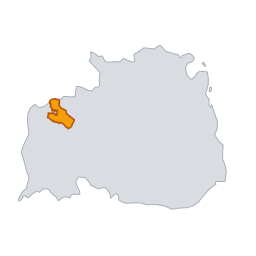 Kaev Seima, Môndól Kiri, Cambodia (highlighted), rotated 187°
{"feature_id": "14789045B63599255468551", "entity_name": "Kaev Seima", "entity_type": "district", "adm_level": 2, "iso_a3": "KHM", "parent_name": "Cambodia", "parent_adm1": "Môndól Kiri", "projection": "orthographic", "projection_center": [106.845, 12.41], "detail": "fine", "context": "in_parent", "style": "filled", "palette": "amber", "viewbox_px": 256, "rotation_deg": 187, "n_neighbors": 0, "source": "geoboundaries", "source_scale": "gbopen_adm2", "svg_char_len": 6795}
<svg xmlns="http://www.w3.org/2000/svg" viewBox="0 0 256 256"><g transform="rotate(187 128 128)"><path d="M227.4,42.1L228.1,44.3L226.4,48.5L224.7,52.3L221.5,55.6L221.3,58.1L220.2,65.3L220.6,67.6L221.4,69.6L222.5,70.7L225.3,77.8L227.9,84.2L230.5,89.6L230.9,92.9L228.6,101.4L225.9,109.3L226.2,113.2L227.3,117.1L228.6,122.3L229.1,128.9L228.4,133.3L227.2,136.0L224.8,138.7L222.8,140.1L220.3,137.8L218.3,137.7L215.7,138.4L213.6,139.5L209.3,143.6L204.6,147.5L198.1,148.5L195.6,151.4L192.9,151.8L187.7,152.0L184.4,152.7L184.5,154.1L184.2,161.1L184.3,162.7L183.8,163.1L181.4,163.3L177.5,162.3L172.2,160.5L168.4,160.3L166.4,163.3L165.2,164.5L163.8,164.6L162.3,165.2L161.8,166.5L161.6,168.2L162.3,171.1L162.6,175.7L162.4,178.8L163.8,180.8L172.0,187.5L174.4,189.2L174.6,190.2L173.2,193.8L174.5,198.9L171.9,198.8L167.6,196.6L165.6,195.2L163.1,196.3L162.2,196.1L160.6,193.6L158.4,191.0L156.1,190.8L151.4,191.8L146.5,192.5L144.6,192.5L143.9,192.9L141.0,196.7L139.8,196.1L134.9,194.6L130.5,194.0L129.5,195.0L130.1,198.1L131.0,201.1L130.4,202.4L128.0,204.0L124.7,206.8L122.7,209.1L121.3,209.6L116.3,209.5L111.4,209.7L109.4,211.8L107.5,213.4L105.9,213.9L99.5,208.6L86.7,206.6L85.3,204.3L84.1,203.9L82.9,206.8L75.9,209.6L72.9,207.9L70.8,205.7L71.1,203.2L73.2,201.1L76.7,199.6L78.4,194.4L75.8,187.6L73.5,185.6L71.0,184.0L68.4,186.5L66.2,190.8L63.9,192.9L60.7,193.4L56.0,193.2L54.3,186.7L53.7,181.2L54.5,174.9L55.2,171.2L50.8,166.0L50.6,161.1L48.5,158.6L47.8,159.8L47.8,161.2L47.2,160.2L40.3,145.8L39.3,139.1L40.5,134.0L41.3,132.3L39.3,129.6L36.5,126.5L31.4,122.4L31.2,116.0L30.2,108.5L28.7,106.0L26.5,101.3L25.3,97.5L25.1,87.4L25.7,86.6L29.3,86.3L33.9,85.7L34.7,84.1L33.9,82.7L36.9,80.5L41.2,75.5L44.5,70.3L46.9,67.1L48.4,63.8L53.2,59.2L59.7,56.1L64.2,55.4L68.8,54.4L73.3,52.9L75.3,52.8L80.8,54.7L83.8,55.2L86.9,55.2L90.1,55.5L92.9,55.3L99.7,54.1L106.8,55.2L113.2,54.4L121.1,53.0L124.9,53.9L128.5,55.5L128.9,58.6L129.7,60.0L130.9,61.1L132.5,61.1L134.5,58.9L136.2,56.7L136.7,56.3L136.8,57.4L137.6,59.8L139.1,62.2L140.6,63.8L143.2,65.9L144.8,66.0L150.2,64.0L158.3,66.9L159.2,68.4L161.8,71.3L164.7,73.4L171.0,73.5L173.3,68.4L172.2,65.3L168.6,59.8L167.6,56.6L168.8,56.1L174.9,55.5L175.9,54.8L177.2,51.3L178.9,51.7L182.3,52.2L185.8,49.8L188.0,47.2L189.1,48.4L190.4,50.2L191.7,51.2L194.3,52.7L197.1,54.9L198.9,57.0L200.3,57.8L203.9,57.2L204.9,57.3L207.0,54.7L208.5,53.4L209.7,53.8L211.6,53.7L215.3,50.5L217.5,47.5L218.7,46.7L222.0,48.1L223.4,47.8L225.3,43.7L227.4,42.1ZM52.0,178.2L51.3,178.6L50.6,178.6L49.9,178.0L50.0,175.7L50.5,174.3L51.7,174.0L52.0,178.2ZM62.4,201.1L61.0,202.6L58.7,199.4L58.7,198.5L62.4,201.1Z" fill="#d9dde1" stroke="#a8b0b8" stroke-width="1"/><path d="M184.5,122.6L184.0,123.4L184.0,123.6L183.9,124.4L183.7,125.2L182.8,127.4L182.4,128.4L182.3,129.2L182.3,129.4L182.4,129.6L182.7,129.9L183.1,130.2L183.7,130.4L187.7,133.0L187.9,133.0L188.0,133.0L188.0,132.9L188.1,133.0L188.3,133.1L188.5,133.1L188.7,133.4L188.8,133.6L189.2,133.8L189.6,133.9L189.8,134.1L190.0,134.2L190.3,134.3L191.0,135.7L191.4,137.0L191.7,137.6L192.0,138.0L192.4,138.1L192.7,138.3L193.3,138.4L193.7,138.6L194.2,138.7L194.8,139.0L195.5,139.0L195.9,139.1L196.5,139.6L197.0,139.7L197.2,139.8L197.4,140.0L197.6,140.4L197.8,140.4L197.9,140.6L198.0,140.6L198.1,140.9L198.3,141.2L198.5,141.4L198.9,141.9L199.1,142.4L199.3,142.5L199.5,142.8L199.6,143.0L199.4,143.4L199.3,143.6L199.5,144.0L199.4,144.3L199.2,144.5L199.4,144.9L199.4,145.0L199.5,145.2L199.3,145.7L199.2,146.0L199.3,146.3L199.3,146.5L199.4,146.8L199.5,147.0L199.5,147.3L200.0,147.4L200.3,147.3L200.5,147.3L200.7,147.5L200.8,147.6L201.2,147.6L201.3,147.7L201.4,147.8L201.5,147.8L201.8,147.8L202.1,147.8L202.2,147.7L202.4,147.7L202.5,147.7L202.8,147.7L203.3,148.0L203.7,147.9L203.9,147.9L204.0,148.1L204.3,148.0L204.5,148.1L205.0,147.9L205.3,147.7L205.5,147.6L205.9,147.5L207.5,147.0L208.0,146.3L208.5,146.0L208.7,145.5L208.8,145.4L208.8,145.1L208.7,145.0L208.7,144.9L208.8,144.6L209.0,144.4L208.8,144.3L208.8,144.1L208.7,144.0L208.8,143.9L208.7,143.7L208.8,143.6L208.7,143.5L208.8,143.4L208.7,143.2L208.5,143.3L208.3,143.2L208.1,143.3L207.9,143.2L208.0,143.0L207.9,142.9L208.2,142.5L208.1,142.4L207.9,142.4L207.9,142.2L207.7,142.0L207.8,141.9L207.6,141.8L207.6,141.7L207.5,141.4L207.5,141.2L207.4,140.9L207.5,140.9L207.6,140.7L207.6,140.3L207.7,140.1L207.5,139.6L207.5,139.4L207.4,139.2L207.1,139.2L206.9,139.0L206.8,138.8L206.5,138.7L206.2,138.4L205.9,138.3L205.8,138.0L205.5,137.7L205.5,137.4L205.5,137.2L205.4,137.0L205.2,137.0L205.3,136.9L205.2,136.9L205.3,136.8L205.2,136.7L205.3,136.5L205.4,136.4L205.5,136.3L205.4,136.1L205.5,135.9L205.3,135.8L205.2,135.8L204.9,135.8L204.6,135.9L204.5,136.0L204.4,136.1L204.2,136.1L204.1,136.3L203.9,136.2L203.8,136.3L203.7,136.4L203.4,136.4L203.1,136.4L203.1,136.6L202.9,136.5L202.9,136.4L202.8,136.5L202.7,136.7L202.4,136.6L202.2,136.5L202.1,136.4L202.1,136.6L201.9,136.7L202.0,136.8L201.9,136.9L201.7,136.7L201.8,136.7L201.7,136.6L201.4,136.5L201.4,136.4L201.3,136.5L201.2,136.5L201.0,136.4L200.9,136.3L200.7,136.5L200.6,136.4L200.5,136.5L200.5,136.4L200.5,136.5L200.4,136.5L200.3,136.4L200.2,136.4L200.2,132.1L200.3,132.1L200.6,132.0L200.9,132.0L201.0,132.1L200.9,132.2L200.9,132.3L201.0,132.5L201.3,132.6L201.5,132.5L201.4,132.7L201.6,132.7L201.7,132.9L201.8,132.9L202.1,133.0L202.2,132.9L202.3,133.0L202.5,133.1L202.8,133.4L203.0,133.5L203.1,133.4L203.3,133.3L203.2,133.4L203.3,133.5L203.5,133.6L203.9,133.7L204.0,133.8L204.0,133.7L204.3,133.6L204.5,133.6L204.5,133.4L204.7,133.5L204.9,133.5L204.9,133.4L205.2,133.5L205.3,133.4L205.5,133.3L206.0,133.4L206.1,133.2L206.3,133.0L206.6,133.0L206.8,133.2L207.0,133.1L207.3,133.1L207.5,132.9L207.6,133.0L207.9,133.0L208.1,132.9L208.3,132.9L208.7,133.2L208.9,133.2L208.9,132.3L208.7,132.3L208.7,132.2L208.8,132.2L208.7,131.9L208.6,131.7L208.7,131.0L208.9,130.4L208.8,130.1L208.9,129.9L208.9,129.4L209.1,128.8L209.1,128.7L208.5,128.4L207.8,128.3L207.4,128.1L206.8,127.7L206.1,127.1L205.5,126.7L205.3,126.6L204.8,126.5L203.6,126.1L203.3,125.9L203.2,125.8L203.3,125.6L203.1,125.5L203.0,125.4L202.9,125.3L202.9,125.2L202.6,125.0L202.4,125.2L202.2,125.2L201.8,125.3L201.8,125.5L201.6,125.5L201.3,125.4L201.2,125.3L200.7,125.3L200.0,124.7L199.8,124.8L199.7,124.9L199.6,125.0L199.4,124.9L199.2,124.9L198.4,125.2L198.1,125.1L197.9,124.9L197.8,124.7L197.6,124.6L197.4,124.6L197.2,124.1L196.8,124.2L196.6,124.3L196.5,124.6L196.2,124.8L196.0,124.7L195.8,124.8L195.8,125.1L195.7,125.2L195.6,125.3L195.3,125.3L194.6,125.0L193.8,124.8L193.5,124.6L192.9,124.0L192.3,123.7L192.2,123.7L191.8,123.6L191.4,123.3L191.1,122.9L190.4,121.9L190.2,121.7L189.8,121.4L188.6,120.9L188.3,120.7L188.1,120.7L187.9,120.6L187.6,120.4L187.5,120.2L187.3,120.2L187.2,120.2L187.2,120.3L187.1,120.2L186.7,120.5L185.6,121.2L185.3,121.4L185.0,121.8L184.5,122.6Z" fill="#f59e0b" stroke="#b45309" stroke-width="1.5"/></g></svg>